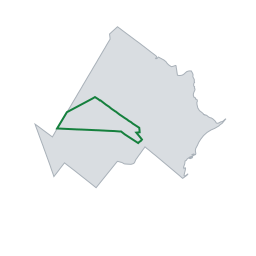 location of Ouadane, Adrar, Mauritania, rotated 218°
{"feature_id": "47542326B44927668035814", "entity_name": "Ouadane", "entity_type": "district", "adm_level": 2, "iso_a3": "MRT", "parent_name": "Mauritania", "parent_adm1": "Adrar", "projection": "orthographic", "projection_center": [-9.881, 22.386], "detail": "fine", "context": "in_parent", "style": "outline", "palette": "green", "viewbox_px": 256, "rotation_deg": 218, "n_neighbors": 0, "source": "geoboundaries", "source_scale": "gbopen_adm2", "svg_char_len": 3854}
<svg xmlns="http://www.w3.org/2000/svg" viewBox="0 0 256 256"><g transform="rotate(218 128 128)"><path d="M111.1,211.0L110.8,210.9L109.4,209.9L108.8,208.7L107.7,207.9L106.2,207.3L105.2,206.6L104.8,205.8L104.2,205.3L103.7,205.1L103.6,204.8L103.7,204.5L103.6,203.8L102.8,202.3L101.9,201.5L101.2,201.6L100.9,201.5L100.6,201.1L100.5,200.6L100.1,200.2L99.2,200.0L98.6,198.9L98.1,196.8L97.5,195.2L96.7,194.0L96.1,193.6L95.7,193.5L95.6,193.3L95.5,193.0L94.9,192.9L94.0,193.2L93.2,193.1L92.8,192.5L92.3,192.4L91.6,192.9L90.8,192.7L90.0,192.0L89.6,191.2L89.5,190.5L88.1,189.0L85.4,186.8L82.4,185.7L79.2,185.7L77.4,185.6L77.0,185.2L76.6,185.2L76.2,185.6L75.8,185.7L75.3,185.4L75.0,185.6L74.9,186.1L73.7,186.4L71.6,186.3L69.8,186.6L68.5,187.2L66.6,187.4L64.1,187.2L62.7,186.9L62.2,186.5L61.5,186.4L60.6,186.6L59.7,187.6L58.9,189.5L58.3,190.5L57.8,190.8L57.3,192.2L56.9,194.6L56.5,195.6L56.7,189.6L57.4,187.4L57.7,185.5L59.4,181.2L61.3,177.7L63.0,173.1L63.8,168.5L63.8,164.1L63.4,160.1L62.7,157.4L62.0,153.5L60.9,151.5L58.8,149.6L58.4,148.6L58.9,148.2L60.2,148.0L61.1,146.7L59.3,147.1L61.5,143.0L62.3,140.2L62.2,138.3L62.7,137.1L61.2,134.6L60.1,131.3L59.5,130.8L58.9,130.5L58.8,131.3L58.5,131.9L57.7,131.5L56.5,129.1L54.8,125.3L54.2,124.9L53.6,125.3L53.3,125.8L52.5,128.9L52.4,127.7L52.7,126.2L53.2,124.4L53.9,122.0L55.5,122.0L58.3,122.2L64.0,122.4L66.9,122.5L72.6,122.7L75.4,122.8L81.1,123.0L84.0,123.1L89.7,123.3L92.6,123.3L98.3,123.5L101.1,123.5L103.0,123.6L102.9,121.8L102.9,120.4L102.8,118.5L102.7,116.6L102.6,114.7L102.6,112.9L102.5,111.1L102.4,109.5L102.4,108.0L102.2,107.1L101.7,105.3L101.6,104.5L101.7,103.6L102.2,102.7L103.3,101.2L105.0,100.0L106.9,98.7L108.4,97.7L109.2,97.4L111.5,97.1L113.3,96.3L115.1,95.6L115.8,95.2L115.9,93.7L116.4,61.3L125.0,61.4L127.2,61.4L143.0,61.5L145.2,61.5L156.6,61.4L156.6,59.9L156.6,57.7L156.6,54.7L156.5,51.7L156.5,46.4L156.5,44.1L158.7,45.6L163.3,48.5L165.5,50.0L170.1,52.9L174.6,55.7L179.2,58.6L181.5,60.0L183.8,61.5L186.1,62.9L188.4,64.3L193.1,67.2L195.0,68.4L198.0,70.3L200.8,72.0L203.6,73.8L199.4,74.0L193.7,74.1L189.8,74.2L185.9,74.3L182.1,74.4L182.5,77.5L183.0,80.8L183.4,84.1L183.8,87.5L184.2,90.8L185.5,100.8L186.0,104.1L186.4,107.4L186.8,110.7L187.3,114.1L188.1,120.7L188.6,124.1L189.0,127.4L189.4,130.7L189.9,134.0L190.3,137.4L191.2,144.0L191.6,147.3L192.0,150.6L192.5,154.0L192.9,157.3L193.3,160.6L193.8,163.9L194.2,167.2L195.1,173.9L195.5,177.2L196.0,180.5L196.4,183.8L196.8,187.0L198.4,188.7L200.4,190.7L199.9,193.7L199.3,197.3L198.6,201.3L193.3,201.4L188.0,201.5L174.8,201.8L172.2,201.9L159.0,202.0L156.4,202.0L151.3,202.1L149.8,202.0L149.2,201.7L149.0,199.7L148.6,199.8L148.1,200.4L147.8,201.0L147.9,201.9L147.8,202.6L146.1,202.9L143.8,203.3L141.4,203.7L139.0,203.6L138.1,203.4L137.3,203.1L135.3,202.8L134.3,202.8L133.1,202.9L131.6,203.0L131.2,203.4L130.1,204.9L129.0,206.6L128.4,206.6L127.6,205.7L125.5,203.8L123.0,201.4L121.8,200.3L121.2,200.1L120.0,200.9L119.0,201.7L117.9,202.9L117.4,204.0L117.0,205.3L116.8,206.8L116.4,208.6L115.5,210.0L114.4,211.1L113.6,211.6L113.3,211.9L111.1,211.0ZM60.3,144.0L59.5,145.3L59.2,144.8L59.1,143.9L59.8,142.7L60.2,142.1L60.8,141.9L60.3,144.0Z" fill="#d9dde1" stroke="#a8b0b8" stroke-width="1"/><path d="M109.9,127.5L111.9,128.0L116.3,129.0L118.6,129.5L116.2,131.8L117.7,133.5L118.6,134.4L119.3,135.1L127.1,134.4L129.1,134.5L131.8,134.1L134.4,134.1L136.0,133.9L137.4,133.8L140.7,133.6L142.8,133.4L144.1,133.4L145.1,133.4L148.0,133.4L148.7,133.2L149.7,133.2L152.6,133.0L153.9,133.0L156.0,133.1L158.5,132.9L159.7,132.8L162.2,132.8L163.7,132.8L166.8,132.8L167.1,132.4L169.4,132.4L173.1,132.0L174.1,129.4L185.9,102.8L183.6,84.0L177.9,88.0L167.3,95.5L164.3,97.7L157.3,102.7L152.2,106.3L150.3,107.7L141.3,114.0L136.7,117.3L132.6,120.0L131.3,121.0L126.6,121.0L110.7,122.4L110.5,124.3L110.0,125.4L109.9,126.6L109.9,127.5Z" fill="none" stroke="#15803d" stroke-width="2"/></g></svg>